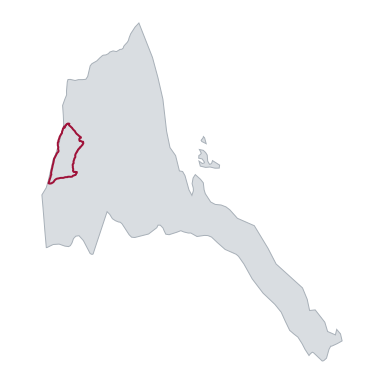 location of Forto, Gash Barka, Eritrea
{"feature_id": "51966322B10188364788737", "entity_name": "Forto", "entity_type": "district", "adm_level": 2, "iso_a3": "ERI", "parent_name": "Eritrea", "parent_adm1": "Gash Barka", "projection": "equal_earth", "projection_center": [37.054, 15.822], "detail": "fine", "context": "in_parent", "style": "outline", "palette": "rose", "viewbox_px": 384, "rotation_deg": 0, "n_neighbors": 0, "source": "geoboundaries", "source_scale": "gbopen_adm2", "svg_char_len": 6798}
<svg xmlns="http://www.w3.org/2000/svg" viewBox="0 0 384 384"><path d="M46.3,247.6L44.8,230.3L43.9,218.7L42.9,206.5L41.9,194.9L46.2,187.8L48.2,181.1L53.2,159.3L55.3,154.9L59.2,143.2L59.8,139.8L63.7,125.1L63.3,115.3L62.6,105.5L64.7,99.6L66.6,94.9L66.5,91.0L67.3,81.8L68.0,79.5L70.3,79.4L75.1,80.5L78.6,79.6L82.7,79.6L85.8,79.3L87.7,76.5L90.2,65.8L91.9,63.7L93.1,63.0L96.7,61.0L99.8,57.9L102.3,55.7L103.2,55.2L105.9,54.9L108.5,53.6L109.7,52.1L113.1,50.9L116.4,51.6L118.6,50.3L120.0,49.4L121.7,49.3L123.2,48.1L123.8,46.2L124.8,45.0L127.4,42.2L128.5,40.2L129.0,38.2L129.6,36.6L130.7,33.8L135.1,27.0L138.9,23.0L152.5,57.5L158.0,77.9L162.9,99.2L166.6,131.3L170.0,147.6L175.6,155.6L179.4,170.9L182.6,171.5L185.0,175.7L189.0,190.0L191.9,195.4L193.4,190.8L193.3,188.1L192.1,183.7L193.1,178.0L195.3,174.6L200.5,179.3L203.3,182.8L204.1,189.8L205.3,193.7L210.7,202.0L215.2,204.4L221.1,205.0L226.0,206.9L229.9,209.9L237.4,218.3L254.3,225.7L268.0,248.3L276.1,264.0L302.5,287.9L307.2,299.3L309.6,310.5L315.2,309.9L324.8,322.2L327.6,331.5L335.4,334.9L336.7,329.4L340.5,333.9L342.1,340.9L337.1,343.7L331.6,346.2L330.8,346.1L329.0,349.3L326.5,358.2L323.7,360.7L322.2,361.0L313.5,352.7L312.2,352.2L310.4,353.8L309.0,355.5L305.0,349.3L302.1,343.7L297.9,337.1L294.0,334.1L289.7,330.4L285.5,321.7L281.2,312.2L274.9,304.4L263.1,293.2L252.2,278.9L243.9,264.0L238.5,256.3L236.2,254.3L225.2,249.5L217.5,242.7L211.6,237.1L208.0,235.6L204.5,235.4L197.0,236.5L190.8,233.0L188.2,233.0L184.0,232.0L180.8,230.7L176.9,232.2L169.1,234.7L165.8,234.2L164.1,230.7L163.0,228.0L160.3,225.2L158.0,225.2L156.8,227.7L148.6,234.0L134.8,237.5L131.6,237.2L129.1,234.7L122.1,223.9L120.2,222.2L118.6,222.0L115.4,220.7L112.4,218.7L109.7,214.3L107.1,211.7L104.2,220.4L99.2,235.5L96.5,243.6L93.1,254.0L92.0,254.4L90.2,253.6L83.4,240.6L79.0,235.7L75.8,236.2L73.5,238.6L72.0,242.9L70.4,245.6L68.6,246.6L64.9,246.1L59.1,244.1L53.2,244.5L47.1,247.5L46.3,247.6ZM207.7,161.1L209.5,164.3L210.8,164.0L211.8,162.9L212.5,160.6L219.6,165.1L219.2,168.1L215.0,168.2L210.1,167.0L205.6,167.4L200.3,166.1L199.0,161.1L202.4,163.5L204.2,162.9L204.5,162.2L202.1,158.9L198.7,158.2L198.9,155.5L200.4,154.5L201.3,153.2L199.4,149.5L203.2,150.3L205.6,152.5L207.2,155.1L207.7,161.1ZM204.6,137.9L206.2,143.7L201.8,141.5L201.1,140.3L203.0,138.0L203.4,136.6L204.6,137.9Z" fill="#d9dde1" stroke="#a8b0b8" stroke-width="1"/><path d="M83.1,141.9L82.8,141.9L82.7,141.9L82.4,142.0L82.3,141.9L82.2,141.7L81.9,141.5L81.7,141.5L81.5,141.4L81.4,141.3L81.2,141.2L80.5,141.0L80.3,140.8L80.2,140.7L79.9,140.8L79.7,140.9L79.5,140.6L79.4,140.2L79.3,139.8L79.3,139.5L79.3,139.2L79.4,138.7L79.6,138.4L79.9,137.9L80.0,137.9L80.3,137.8L80.5,137.9L80.8,137.8L80.9,137.7L80.8,137.3L80.8,137.2L80.7,137.1L80.3,136.9L80.2,136.8L80.0,136.7L79.9,136.5L79.7,136.4L79.1,136.0L78.3,135.2L77.9,134.9L77.6,134.6L77.3,134.3L77.0,134.2L76.9,134.1L76.7,133.9L76.3,133.4L76.2,133.3L75.9,132.9L75.3,132.0L75.2,131.7L75.0,131.3L74.9,131.1L74.7,131.0L74.6,130.9L74.2,130.5L73.9,130.2L73.2,129.5L72.5,128.6L72.1,128.1L72.1,127.9L71.9,127.7L71.6,127.5L71.3,127.2L71.1,127.0L70.9,126.9L70.7,126.6L70.5,126.4L70.1,126.1L69.6,125.7L69.2,125.4L69.1,125.2L69.0,124.9L68.9,124.6L68.9,124.4L69.0,124.0L69.2,123.8L69.1,123.7L68.9,123.6L68.7,123.6L68.2,123.6L67.8,123.6L67.7,123.7L67.6,123.9L67.4,124.0L67.1,124.0L66.7,124.1L66.4,124.7L66.3,124.8L66.1,124.9L65.7,125.2L65.7,125.3L65.8,125.5L65.7,125.6L65.5,125.8L65.4,125.9L65.4,126.0L65.2,126.2L64.9,126.3L64.3,126.5L64.2,126.6L64.1,126.8L64.3,127.1L64.6,127.4L64.7,127.5L64.4,127.8L64.1,127.9L63.8,128.1L63.4,128.2L63.2,128.3L63.1,128.5L63.0,128.8L62.8,129.2L62.8,129.6L62.7,130.1L62.6,130.3L62.5,130.6L62.2,131.2L62.1,131.5L62.0,132.3L62.0,132.9L62.0,133.0L61.7,133.3L61.5,133.8L61.3,134.1L61.1,134.2L61.1,134.4L60.8,134.8L60.7,134.9L60.6,135.1L60.3,135.6L60.2,135.8L60.1,136.1L59.9,136.3L59.6,137.0L59.2,138.5L58.9,139.2L58.8,139.6L58.6,140.0L58.5,140.3L58.4,140.7L58.4,141.0L58.5,141.2L58.5,141.6L58.4,141.8L58.2,142.0L57.9,142.3L57.8,142.8L57.8,143.7L57.8,144.8L57.8,145.1L57.8,145.4L57.9,145.8L58.2,146.7L58.3,147.0L58.3,147.5L58.2,148.0L58.2,148.3L58.1,148.8L58.2,149.2L58.2,149.5L58.5,150.6L58.5,150.9L58.5,151.2L58.4,151.5L58.2,151.9L57.1,153.0L55.0,157.2L54.7,157.8L54.5,158.1L54.4,158.4L54.3,158.5L54.2,158.6L54.1,158.8L53.7,161.2L53.6,161.7L53.4,162.8L52.7,165.3L52.6,165.9L52.2,168.0L52.1,168.3L51.9,169.0L51.8,169.5L51.7,170.0L51.1,172.8L51.2,174.1L51.3,174.4L51.3,174.7L51.2,174.8L50.9,175.2L50.7,176.3L50.6,176.5L50.6,176.8L50.2,178.0L50.0,178.4L50.0,178.8L49.8,179.2L49.7,179.4L49.3,180.9L49.0,181.8L48.9,182.1L48.9,182.3L48.8,182.6L48.7,182.9L48.6,183.1L48.7,183.3L48.9,183.4L49.0,183.4L49.3,183.5L49.5,183.5L49.8,183.5L50.1,183.5L50.3,183.4L50.5,183.5L50.8,183.4L51.0,183.4L51.5,183.3L51.8,183.2L52.0,183.0L52.1,182.8L53.2,182.3L53.4,182.1L53.6,181.9L53.8,181.6L54.3,180.8L54.5,180.5L54.7,180.3L54.8,180.1L56.1,179.1L56.6,178.8L57.6,178.5L58.1,178.5L58.8,178.3L59.0,178.3L59.4,178.2L59.7,178.1L60.6,177.9L62.2,177.9L63.0,177.9L63.4,177.8L63.9,177.7L64.1,177.6L64.3,177.5L65.2,177.2L65.6,177.2L66.2,177.1L66.4,177.1L66.8,177.1L67.2,177.1L67.4,177.1L67.6,177.0L67.8,176.8L68.3,176.7L68.6,176.8L69.4,176.7L70.4,176.8L71.6,176.7L71.9,176.7L72.4,176.4L72.5,176.3L72.7,176.1L72.8,175.9L73.0,175.7L73.4,175.6L73.6,175.5L74.1,175.4L74.6,175.2L74.9,175.1L75.0,175.0L75.3,175.0L75.5,174.9L75.8,174.6L75.9,174.4L76.0,174.2L76.1,173.7L76.3,173.4L76.6,173.1L76.8,172.8L76.8,172.6L76.8,172.4L76.8,172.2L76.7,172.0L76.4,172.0L76.1,172.0L75.7,172.0L75.4,171.9L75.3,172.0L75.0,172.0L74.8,171.9L74.7,172.0L74.3,171.9L74.1,172.0L74.0,171.9L73.6,171.8L73.5,171.7L73.2,171.3L73.1,170.8L73.0,170.5L73.1,170.1L73.2,169.4L73.2,169.0L73.1,168.5L73.0,168.2L72.8,167.7L72.8,167.3L72.9,166.9L72.8,166.5L72.8,166.2L72.8,165.8L72.7,165.6L72.7,165.0L72.7,164.8L72.7,164.5L72.9,164.1L73.0,163.9L73.2,163.7L73.3,163.7L73.5,163.3L73.6,163.2L73.6,162.9L73.6,162.7L73.5,162.3L73.6,162.1L73.5,161.5L73.6,161.2L73.7,160.7L73.8,160.4L74.0,160.0L74.1,159.9L74.2,159.3L74.3,158.8L74.4,158.4L74.7,158.0L75.0,157.7L75.2,157.4L75.2,157.2L75.3,156.8L75.3,156.5L75.3,156.0L75.3,155.7L75.2,155.6L75.3,155.2L75.3,154.8L75.4,154.5L75.5,154.3L75.7,153.8L75.9,153.6L76.0,153.3L76.0,153.2L76.3,152.8L76.6,152.5L76.7,152.4L76.7,152.2L76.8,152.1L76.8,151.8L77.0,151.5L77.2,151.3L77.2,151.2L77.4,151.1L77.5,150.8L77.6,150.6L77.8,150.4L77.9,150.1L78.0,149.7L78.6,149.3L78.6,149.2L78.7,148.8L78.8,148.7L79.0,148.6L79.1,148.4L79.5,148.1L79.8,148.0L79.9,147.7L80.0,147.6L80.1,147.3L80.2,147.1L80.4,147.1L80.5,147.0L80.7,146.7L81.1,146.5L81.2,146.3L81.3,146.2L81.8,145.5L82.0,145.3L82.2,145.2L82.4,145.0L82.4,144.8L82.5,144.7L82.8,144.3L82.8,144.2L82.9,143.9L83.0,143.8L83.2,143.6L83.3,143.3L83.3,143.2L83.2,142.9L83.2,142.6L83.2,142.4L83.2,142.2L83.1,141.9Z" fill="none" stroke="#9f1239" stroke-width="2"/></svg>